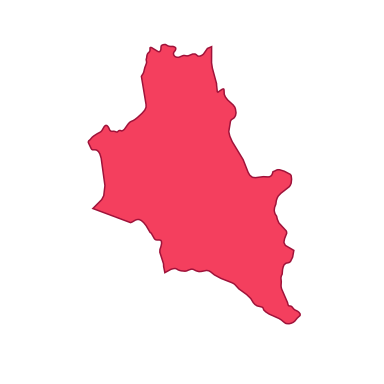 an SVG outline of Jönköping, rotated 257°
{"feature_id": "SWE-179", "entity_name": "Jönköping", "entity_type": "County", "adm_level": 1, "iso_a3": "SWE", "parent_name": "Sweden", "parent_adm1": "", "projection": "robinson", "projection_center": [14.478, 57.556], "detail": "fine", "context": "isolated", "style": "filled", "palette": "rose", "viewbox_px": 384, "rotation_deg": 257, "n_neighbors": 0, "source": "natural_earth", "source_scale": "10m", "svg_char_len": 3586}
<svg xmlns="http://www.w3.org/2000/svg" viewBox="0 0 384 384"><g transform="rotate(257 192 192)"><path d="M44.9,252.0L47.2,250.3L49.2,248.3L55.7,239.7L58.6,236.9L60.9,235.4L62.6,235.2L63.6,234.9L64.3,234.0L66.4,229.8L68.3,228.0L70.5,226.8L75.0,225.3L79.8,222.2L87.0,215.9L92.0,213.1L93.4,212.0L94.9,210.1L101.2,200.9L106.2,195.2L110.0,192.2L111.4,190.7L112.3,188.6L112.5,182.9L112.9,180.8L114.2,178.4L116.5,175.6L117.0,173.9L116.7,170.9L116.3,169.1L116.4,167.4L117.6,163.8L118.4,162.2L119.3,160.9L120.6,159.6L121.3,158.3L121.5,156.4L121.4,154.1L119.5,147.4L125.8,147.6L128.5,148.1L140.5,147.1L143.1,147.8L146.1,149.6L148.7,150.8L150.6,151.1L151.8,150.8L152.4,149.9L152.7,149.0L153.0,147.6L153.3,146.6L153.7,145.8L154.2,145.3L155.1,144.8L160.8,143.1L161.3,142.8L162.0,142.1L169.6,139.7L173.1,138.0L175.6,136.2L177.1,134.3L177.5,132.4L177.4,130.7L176.2,126.8L176.0,125.4L176.0,125.2L198.2,91.7L204.9,102.3L208.3,105.2L217.8,108.6L245.3,111.1L249.9,110.8L252.4,110.0L254.2,108.6L254.9,107.2L255.5,104.6L256.2,103.8L257.4,103.4L263.5,102.1L264.3,102.3L265.2,103.0L265.6,104.0L267.9,107.2L268.8,109.1L270.1,112.7L271.0,116.1L271.4,117.0L272.2,118.1L275.4,121.1L276.1,122.2L276.3,123.2L275.9,124.0L275.4,124.4L274.5,124.9L273.4,125.3L270.7,125.8L269.7,126.5L269.1,127.6L268.9,129.2L268.4,130.4L267.4,132.0L267.3,132.9L268.1,134.2L268.3,135.1L268.1,136.0L267.4,136.9L267.4,138.3L268.2,140.1L272.5,144.9L273.9,146.9L274.5,148.7L274.8,150.6L275.5,152.7L276.9,155.7L279.9,161.0L282.4,164.4L284.9,166.3L287.5,166.9L316.1,168.7L318.5,171.1L319.8,172.0L323.8,174.0L327.4,176.4L328.7,177.0L331.0,177.1L331.8,177.3L332.5,177.8L334.9,178.7L336.0,179.3L337.0,180.1L337.8,181.5L338.4,182.2L339.3,182.9L341.9,183.5L342.2,184.1L341.8,185.1L336.4,190.6L336.0,191.8L336.6,192.9L337.8,193.7L340.5,194.5L341.4,195.0L341.9,196.0L342.0,197.5L341.8,199.1L340.8,200.4L340.5,200.6L340.2,200.9L339.4,202.0L338.7,203.7L338.1,206.3L337.1,207.8L336.1,208.5L335.1,208.4L334.2,207.9L333.4,207.2L332.7,206.2L331.9,205.5L331.1,205.1L330.1,205.0L329.0,205.2L327.7,206.0L326.7,207.5L326.2,209.5L326.9,213.6L326.9,214.9L325.7,217.8L325.6,219.3L326.3,223.7L325.8,226.0L324.9,227.0L323.2,228.2L322.9,228.9L322.6,230.3L322.9,232.1L323.7,234.1L328.4,239.3L329.2,243.8L313.4,240.1L308.1,239.7L292.1,240.3L290.6,240.0L284.1,239.2L283.4,239.7L284.9,243.3L285.4,244.8L285.3,246.0L284.5,246.2L279.9,245.4L277.1,245.9L273.7,247.4L267.5,251.7L265.0,252.8L263.0,253.0L259.2,252.7L256.7,251.6L254.9,249.9L254.2,248.3L253.6,246.6L252.3,245.4L242.5,241.4L237.9,241.4L232.0,242.5L212.0,249.1L198.5,251.1L195.3,252.1L192.7,254.2L191.7,257.0L190.9,265.0L189.7,269.1L189.4,270.7L189.7,272.2L190.6,273.6L191.7,274.4L193.6,275.5L193.8,277.1L194.4,279.5L194.4,280.7L194.0,282.3L191.5,286.6L187.2,291.6L186.8,291.9L186.4,292.0L185.5,292.3L182.0,291.9L178.3,290.6L176.5,289.3L175.3,288.0L170.7,278.2L168.7,275.2L168.1,274.6L166.6,273.4L164.6,272.2L161.4,271.0L158.4,269.0L155.7,268.0L154.1,267.9L152.1,268.0L149.3,269.0L146.2,269.0L142.3,269.7L133.0,275.0L131.9,275.2L130.5,275.0L125.7,271.7L122.3,270.2L120.2,270.6L118.9,271.0L112.2,278.1L105.9,275.4L102.1,272.3L101.5,271.0L101.4,269.5L101.5,267.7L100.4,265.4L98.5,264.0L96.1,262.8L91.7,261.4L90.2,260.2L89.2,259.7L88.2,259.3L84.4,258.8L81.1,257.8L79.5,257.5L77.4,257.5L62.8,260.2L60.8,260.2L59.8,260.4L59.2,260.9L58.9,261.8L58.6,262.6L58.1,263.2L57.4,263.7L55.1,264.8L54.1,265.6L52.2,267.9L51.3,268.7L50.2,269.4L48.9,269.9L47.8,269.7L47.3,269.4L45.4,266.1L43.0,263.0L42.2,261.1L41.8,259.0L41.8,256.9L42.4,254.8L43.0,253.6L44.9,252.0Z" fill="#f43f5e" stroke="#9f1239" stroke-width="1.5"/></g></svg>